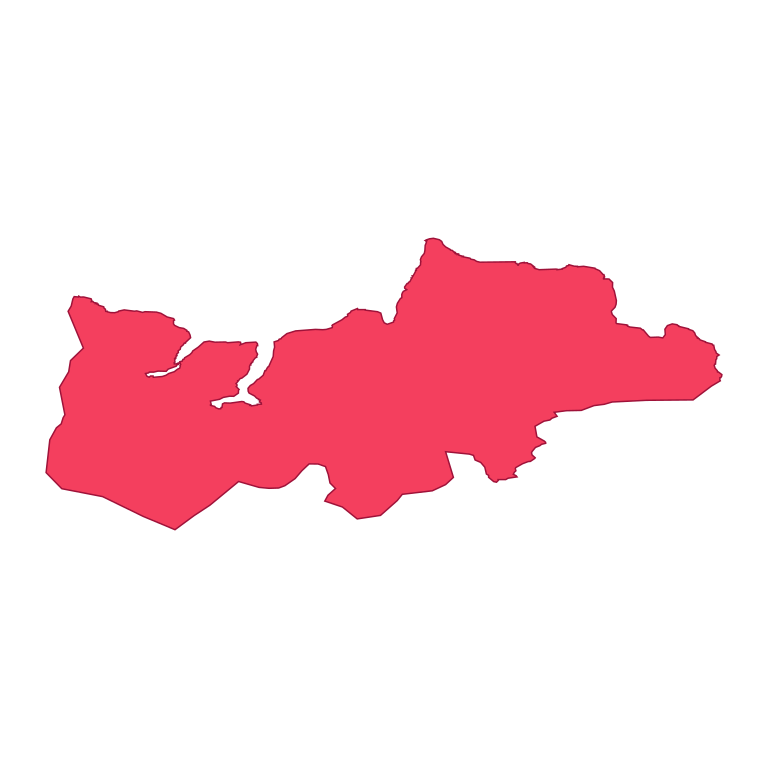 the district of Vik nor, Sogn og Fjordane, Norway
{"feature_id": "86288312B68620067445368", "entity_name": "Vik nor", "entity_type": "district", "adm_level": 2, "iso_a3": "NOR", "parent_name": "Norway", "parent_adm1": "Sogn og Fjordane", "projection": "natural_earth1", "projection_center": [6.553, 61.028], "detail": "fine", "context": "isolated", "style": "filled", "palette": "rose", "viewbox_px": 768, "rotation_deg": 0, "n_neighbors": 0, "source": "geoboundaries", "source_scale": "gbopen_adm2", "svg_char_len": 6090}
<svg xmlns="http://www.w3.org/2000/svg" viewBox="0 0 768 768"><path d="M175.0,529.7L194.1,515.6L209.9,505.2L238.6,481.5L259.1,487.4L269.0,488.3L278.7,488.0L284.9,485.7L295.1,478.6L301.9,470.7L309.1,463.9L318.1,464.0L325.5,466.6L328.3,474.6L330.0,483.0L335.5,488.5L328.0,495.2L324.8,501.1L342.4,507.0L357.2,518.9L380.5,515.4L397.2,500.6L402.3,494.3L432.3,490.8L445.6,484.6L453.4,477.4L445.6,451.7L469.4,454.1L473.5,455.4L475.1,460.0L480.7,462.4L484.8,467.2L486.4,474.0L488.6,475.4L488.6,477.3L493.7,481.6L496.5,482.2L498.3,480.4L498.1,479.6L505.7,479.6L508.1,478.2L517.0,476.9L516.1,475.7L513.3,474.3L514.4,472.2L515.9,470.8L515.3,468.6L515.7,467.6L522.6,463.7L528.1,461.6L530.4,461.4L534.7,458.5L535.2,457.8L532.1,455.0L531.5,452.8L532.1,451.5L535.5,447.4L539.8,445.7L541.6,444.3L545.7,443.3L545.6,442.3L544.4,441.1L536.9,436.9L535.0,426.3L543.9,421.2L549.9,420.0L552.0,418.2L557.1,416.3L554.2,412.3L566.3,410.7L581.3,410.4L594.0,405.6L604.2,404.3L612.2,402.0L646.4,400.3L693.1,399.9L711.4,386.1L720.3,380.8L719.8,379.7L719.9,377.7L720.7,377.7L721.6,376.4L721.9,374.6L718.3,371.9L717.5,371.9L717.3,370.7L715.1,368.2L714.2,365.4L714.7,364.2L715.5,364.1L715.9,359.6L716.7,358.8L716.8,356.5L719.1,355.0L716.2,353.0L715.9,351.5L714.6,349.5L713.7,345.2L712.9,345.2L712.1,344.0L705.5,342.3L705.5,341.8L700.1,339.9L699.2,338.7L698.0,338.4L698.0,337.7L697.2,337.7L697.3,337.2L695.6,335.5L694.7,332.9L692.8,330.7L688.6,329.3L688.6,328.8L678.8,326.4L678.7,325.7L677.5,325.4L677.1,324.7L672.2,323.9L667.4,325.6L664.9,329.2L665.3,334.6L662.8,337.9L658.3,337.1L650.2,337.4L648.5,336.1L643.3,329.9L642.5,329.9L640.4,328.2L629.8,327.0L627.7,326.2L627.7,325.4L626.9,325.4L626.9,324.9L616.7,323.6L616.0,322.9L616.2,318.6L612.3,314.6L611.4,311.8L611.5,310.9L615.0,307.3L616.1,304.2L616.4,300.6L614.3,291.1L612.5,287.3L612.6,282.5L609.0,279.0L602.9,278.9L604.3,278.4L604.0,277.4L603.2,277.4L604.6,276.8L603.9,274.6L603.1,274.6L599.6,270.7L595.1,268.7L595.0,268.2L583.6,266.3L577.5,266.8L577.5,266.3L574.3,266.2L568.9,264.7L568.5,265.5L566.5,266.0L565.8,267.3L562.2,268.6L562.3,269.1L557.0,269.7L557.0,269.2L555.8,269.1L539.2,269.7L534.6,268.4L533.3,266.7L534.1,266.7L530.7,264.0L527.9,263.5L527.4,262.8L524.2,262.9L524.2,262.4L520.2,263.1L518.6,264.1L518.4,265.1L517.8,265.1L516.9,263.5L516.1,263.5L515.0,262.3L515.2,261.8L480.0,262.2L476.7,261.4L474.1,259.8L470.9,259.2L470.0,258.2L463.4,256.9L463.4,256.3L462.2,256.6L462.2,256.1L458.9,255.2L458.8,254.4L457.6,254.5L458.0,253.9L455.5,253.7L455.5,252.7L454.7,252.8L454.6,252.0L453.8,252.0L452.5,250.5L450.5,250.1L450.4,249.6L445.6,246.9L443.0,244.4L441.7,241.4L439.3,239.7L433.4,238.3L429.5,238.8L426.9,239.7L426.6,240.7L425.6,240.4L426.6,239.7L425.3,240.5L426.7,241.0L426.1,241.7L426.4,242.5L425.2,245.3L424.9,250.4L424.3,253.4L421.5,256.8L420.4,259.6L420.9,261.8L420.6,262.1L420.5,264.9L417.5,268.2L416.3,268.5L416.4,270.3L415.6,270.3L415.4,271.7L413.1,275.9L412.2,275.9L412.5,276.7L412.0,278.0L411.2,278.0L411.4,278.7L409.9,281.6L408.6,282.3L407.8,283.6L407.0,283.6L404.6,287.0L404.7,288.2L406.7,289.7L403.4,291.3L402.5,292.6L401.8,294.4L401.8,297.7L400.4,298.5L397.4,303.3L396.4,306.9L397.2,312.9L394.3,318.6L394.6,320.1L393.6,320.9L393.5,322.1L387.2,324.3L384.2,322.8L382.6,319.8L380.8,313.1L377.5,311.7L365.2,310.1L365.2,309.6L357.1,309.6L357.9,309.3L357.5,308.5L351.1,311.1L350.4,312.5L347.5,314.3L347.8,315.9L347.0,316.6L345.4,317.0L341.9,319.8L332.5,324.9L332.0,325.6L332.4,326.1L332.3,327.6L326.3,329.4L322.7,329.7L315.4,329.4L295.6,330.9L286.9,333.6L281.7,337.7L281.1,338.7L279.2,339.2L278.4,340.5L274.1,341.9L274.6,347.2L273.6,350.8L273.2,356.5L268.7,366.6L267.7,367.1L265.7,370.7L264.9,370.7L263.2,375.3L258.6,379.2L257.4,379.5L253.6,383.6L250.3,385.5L248.0,388.3L248.2,391.3L249.1,393.1L254.6,396.0L256.5,398.0L258.8,399.2L258.6,399.7L260.3,400.1L259.4,401.9L261.3,402.9L261.4,404.2L257.3,404.3L257.4,405.0L251.4,405.9L251.3,405.4L249.8,405.4L250.1,404.7L245.1,403.1L243.8,401.8L241.8,401.5L230.2,403.1L224.5,402.9L222.5,403.9L222.0,407.4L221.1,407.5L220.8,408.7L218.8,408.9L215.9,407.8L214.6,406.4L210.5,405.4L210.5,404.9L211.3,404.9L210.4,401.1L219.6,399.3L223.3,397.4L229.7,396.2L233.8,396.3L238.4,393.1L238.5,390.3L239.1,389.5L236.2,386.6L237.0,385.8L236.9,384.5L236.0,383.6L237.9,381.5L237.7,380.7L238.5,380.7L240.1,378.6L241.9,378.1L246.9,374.2L249.5,369.1L249.5,366.3L250.0,365.0L250.8,365.0L250.7,363.5L251.5,363.4L251.9,362.2L252.7,362.1L253.2,360.4L255.4,357.8L256.8,357.2L256.6,356.5L257.6,354.2L256.3,351.9L255.7,349.2L256.9,345.6L257.7,345.6L257.4,343.6L255.9,342.1L245.8,342.7L240.2,344.8L240.8,343.5L240.5,342.2L238.4,341.9L227.6,342.7L225.5,342.0L215.0,342.2L209.3,341.1L204.0,342.0L198.3,347.1L192.7,351.0L192.0,352.5L189.9,354.6L184.6,357.8L184.1,359.1L182.9,359.4L182.2,361.1L179.8,361.7L180.7,364.6L180.0,365.3L180.3,366.1L179.7,368.2L177.5,369.2L174.3,371.7L168.7,373.5L166.2,375.2L162.3,376.5L153.3,377.3L153.1,376.0L150.5,376.0L149.2,377.2L147.0,376.3L145.5,373.5L148.6,372.9L149.3,372.1L153.8,372.1L158.0,371.1L166.2,371.3L168.2,369.1L176.2,366.2L176.8,365.0L178.4,364.4L179.1,363.1L178.7,362.9L177.5,363.3L177.5,363.8L174.3,363.9L174.2,362.6L175.0,362.1L174.6,359.8L175.6,358.5L174.9,358.3L176.1,357.0L176.2,355.5L177.0,355.5L176.7,354.0L178.4,352.6L178.1,350.9L180.2,349.3L180.7,347.0L183.2,344.9L184.3,343.1L185.5,343.1L185.7,342.3L190.6,337.7L190.0,334.9L188.6,331.9L186.8,331.2L186.9,330.4L183.7,328.4L179.2,327.6L174.6,325.4L173.5,323.9L173.5,320.7L174.5,320.1L173.6,318.6L167.2,317.0L160.9,313.3L156.4,312.1L145.0,311.7L142.6,312.4L136.8,310.9L134.4,311.2L124.2,309.9L118.6,311.1L118.3,311.7L114.7,312.7L110.6,312.6L107.3,311.8L107.3,311.3L105.7,311.3L105.4,309.2L104.1,308.2L103.7,306.8L98.4,305.2L98.3,304.2L97.1,304.2L97.1,303.4L95.8,303.5L96.2,303.0L93.8,302.5L92.9,301.5L91.3,301.6L91.8,300.6L91.1,298.8L83.7,297.0L80.3,297.1L78.7,296.1L78.3,297.0L74.2,296.6L72.9,298.9L71.2,306.1L68.1,311.3L83.4,348.1L70.5,360.6L68.7,371.8L59.5,387.3L64.9,414.8L63.1,417.8L61.2,423.9L56.4,427.8L49.8,439.8L46.1,472.6L61.8,488.7L102.6,496.6L143.2,516.4L175.0,529.7Z" fill="#f43f5e" stroke="#9f1239" stroke-width="1.5"/></svg>